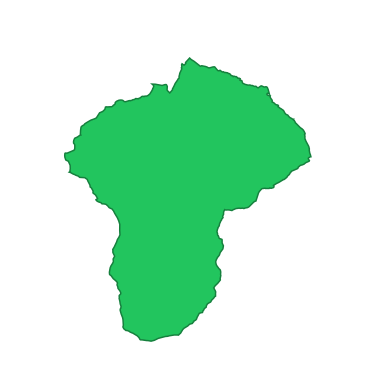 Stoenesti, Arges, Romania, rotated 150°
{"feature_id": "2599482B20714759843638", "entity_name": "Stoenesti", "entity_type": "district", "adm_level": 2, "iso_a3": "ROU", "parent_name": "Romania", "parent_adm1": "Arges", "projection": "equal_earth", "projection_center": [25.234, 45.276], "detail": "fine", "context": "isolated", "style": "filled", "palette": "green", "viewbox_px": 384, "rotation_deg": 150, "n_neighbors": 0, "source": "geoboundaries", "source_scale": "gbopen_adm2", "svg_char_len": 5976}
<svg xmlns="http://www.w3.org/2000/svg" viewBox="0 0 384 384"><g transform="rotate(150 192 192)"><path d="M224.5,308.8L226.2,307.1L229.1,306.4L232.4,306.8L237.8,304.0L239.7,304.1L243.7,304.8L248.0,304.8L250.6,304.7L252.2,304.1L253.8,304.2L255.2,303.9L255.7,303.6L257.6,301.2L258.9,299.2L259.7,298.0L259.8,296.9L260.7,297.2L263.7,296.9L266.6,297.2L267.0,297.0L268.6,295.8L269.3,295.0L270.1,293.6L269.9,292.3L270.1,291.1L271.5,288.7L272.6,287.4L273.7,287.2L280.1,288.0L280.8,288.1L281.9,288.9L282.7,289.0L283.9,287.4L284.7,285.7L285.3,283.0L285.1,282.5L283.7,280.4L284.2,276.0L285.8,273.0L287.0,271.5L287.1,270.8L288.4,270.6L287.5,269.6L285.9,266.9L285.0,265.9L284.3,264.7L282.6,262.7L281.9,260.8L277.7,258.0L276.4,255.2L276.7,253.7L276.9,249.4L277.1,248.5L277.7,247.3L277.3,246.5L277.1,245.7L277.2,242.2L277.9,241.3L278.2,240.6L278.0,240.0L277.3,238.4L277.0,237.4L277.0,233.6L277.2,233.4L279.0,233.4L279.1,232.8L278.8,231.7L278.0,230.3L276.2,228.3L275.9,226.8L274.2,225.7L272.7,224.4L271.9,222.1L271.6,220.0L270.7,218.5L269.8,217.5L269.4,214.8L269.6,212.3L269.5,207.0L269.9,203.5L270.7,200.1L273.8,194.9L275.8,190.9L277.9,189.4L280.4,188.1L282.3,186.4L286.9,183.2L289.3,181.9L289.9,180.6L290.7,179.3L290.9,177.7L291.0,175.8L291.3,174.9L293.8,173.4L294.7,171.4L295.2,170.7L297.2,169.5L299.0,168.6L300.7,167.3L303.6,163.9L304.5,162.1L304.6,161.6L303.9,160.1L303.5,156.3L302.4,153.3L301.9,151.0L302.1,150.3L302.9,149.7L303.2,149.2L303.5,148.5L303.6,147.2L304.3,145.4L303.9,142.7L304.0,140.7L304.4,139.8L304.9,139.3L306.7,138.8L307.2,138.1L307.7,137.0L308.3,136.3L309.2,133.2L310.1,131.0L310.6,128.5L311.8,126.9L312.7,126.5L313.4,125.3L314.3,121.8L314.9,118.0L315.6,115.9L317.9,111.3L318.6,110.3L319.2,109.8L319.4,109.2L319.4,107.5L318.4,105.0L317.6,104.6L316.4,103.3L315.7,101.8L314.5,100.1L313.9,99.5L311.3,94.8L310.7,92.4L310.8,90.7L310.6,89.8L308.9,88.7L305.8,86.2L304.1,85.1L302.0,83.3L298.8,82.4L294.3,82.1L287.3,80.2L285.2,79.2L283.8,78.9L279.0,77.1L276.2,75.5L275.2,74.8L274.1,75.2L272.6,75.4L268.8,77.5L267.0,78.0L262.7,78.1L260.2,78.7L257.4,78.0L256.2,78.6L255.3,78.8L254.7,79.3L252.9,79.2L251.6,79.7L250.4,80.8L246.4,83.3L244.5,82.9L243.2,82.4L241.6,83.8L241.1,83.8L240.0,84.6L238.7,85.0L237.4,85.1L236.4,86.3L234.8,87.3L233.3,87.5L230.9,87.4L228.6,88.7L226.6,89.1L224.7,90.0L223.7,90.0L222.4,92.3L221.6,93.4L221.3,94.1L221.1,98.1L218.9,99.2L215.3,100.1L211.5,101.6L211.3,101.9L211.3,102.1L211.1,102.7L208.8,105.3L208.5,106.3L207.1,108.4L206.5,110.2L206.6,111.0L207.0,112.1L207.4,116.0L207.2,117.4L206.7,119.0L206.0,120.2L204.8,121.2L202.3,122.8L201.6,122.9L199.7,123.8L197.8,125.5L193.7,127.3L191.7,129.7L191.4,132.8L189.8,135.6L189.8,136.1L191.4,137.9L191.6,138.4L191.1,140.9L191.4,141.6L191.1,142.5L190.6,143.4L190.4,144.7L190.1,145.3L188.6,147.0L187.8,147.5L187.5,148.1L185.7,148.9L184.7,149.8L184.3,150.5L182.2,152.0L181.4,152.6L180.4,153.0L179.7,153.7L178.2,154.2L177.9,154.4L177.7,155.4L177.2,156.0L175.9,156.8L174.8,158.6L174.1,159.3L172.5,160.4L172.0,159.7L171.2,159.2L169.5,158.4L169.1,158.0L168.6,157.7L166.7,156.0L165.9,156.1L162.3,155.7L159.3,154.5L158.2,153.6L156.2,152.7L155.3,151.7L154.2,151.6L151.6,150.7L150.0,150.7L143.6,152.4L142.1,152.5L141.2,152.2L134.8,158.0L133.4,158.8L130.1,159.9L129.7,159.9L127.4,159.0L126.8,158.7L126.6,158.3L123.8,156.7L123.4,156.5L122.7,156.7L122.3,156.5L122.0,155.9L121.5,155.6L119.3,155.1L118.5,155.4L118.1,156.2L118.1,157.0L114.4,157.1L112.2,156.9L107.7,157.0L106.9,157.2L106.4,156.8L104.8,156.9L102.5,157.3L101.1,158.1L99.4,158.4L98.4,158.8L97.7,159.4L96.8,159.5L96.1,160.0L95.0,160.2L88.9,159.5L88.3,159.7L87.5,160.4L84.7,160.9L83.2,160.4L81.2,160.1L78.8,160.5L75.2,160.1L74.6,160.5L74.7,162.4L74.4,163.1L73.8,163.3L71.8,163.3L71.4,163.1L70.8,165.2L70.6,166.7L69.6,169.5L68.8,170.7L68.1,173.2L67.9,179.3L67.6,180.8L67.7,181.2L67.1,182.6L66.3,183.8L65.8,185.5L65.3,185.6L65.2,186.0L64.9,186.0L64.7,187.0L64.6,189.8L65.1,191.6L66.1,193.7L67.6,199.6L67.9,200.1L67.7,201.0L67.7,202.7L68.1,203.5L67.5,204.2L68.5,204.7L68.8,205.7L70.0,207.5L70.4,208.9L70.6,210.7L71.9,212.5L72.1,214.1L72.0,216.9L73.5,220.1L74.1,220.9L74.5,222.4L74.9,222.9L74.0,223.6L74.1,224.0L74.2,224.4L75.6,225.6L76.0,226.5L76.3,227.7L76.7,228.7L77.6,229.8L76.8,231.1L76.7,232.2L77.0,233.8L76.7,235.4L76.7,235.7L76.1,236.1L76.4,236.7L76.9,237.2L77.7,237.4L78.1,238.0L78.3,238.5L78.3,239.1L77.6,239.7L77.1,239.7L76.4,239.2L75.9,238.5L74.8,242.7L74.5,245.0L75.2,246.1L77.0,246.8L78.7,249.1L79.5,249.4L82.5,249.1L82.9,249.4L83.4,250.3L83.8,251.6L85.2,252.3L86.5,254.1L87.6,254.7L88.3,255.7L90.0,256.5L92.5,259.0L93.1,260.1L93.5,260.5L93.7,261.1L93.5,262.4L93.2,262.9L93.3,263.8L94.0,264.1L94.5,264.9L94.1,265.1L94.0,265.6L93.6,266.0L94.2,266.9L94.7,267.0L95.5,267.8L95.3,268.3L95.8,269.1L96.0,269.8L96.7,270.1L97.3,270.9L97.8,271.3L98.6,271.3L98.6,272.0L99.9,273.4L99.9,274.6L100.4,275.8L101.2,276.4L101.5,277.3L103.4,278.9L103.9,279.0L104.7,280.4L105.6,280.7L106.0,281.3L106.9,283.4L107.3,283.3L108.1,283.5L109.0,284.4L109.8,289.0L111.2,289.8L115.0,290.8L115.9,291.6L116.4,292.6L117.5,293.9L120.5,296.5L121.9,296.7L124.8,304.0L126.5,307.2L127.1,309.2L132.8,307.4L133.1,306.4L135.5,305.8L136.5,308.0L137.4,307.4L138.3,305.4L139.2,304.8L139.2,303.8L143.3,300.9L144.0,300.0L145.4,298.6L146.1,297.2L147.4,296.9L148.7,296.1L152.3,294.4L154.5,292.8L157.5,290.9L157.9,290.2L161.7,288.9L162.0,290.1L162.4,291.2L162.6,292.8L160.6,295.8L160.5,297.6L160.8,298.1L162.0,298.6L164.6,299.2L169.9,303.7L172.6,305.4L172.0,303.5L172.2,302.8L173.6,301.5L174.2,301.3L175.0,300.5L176.4,299.6L179.5,298.0L181.8,297.6L183.6,297.8L184.8,298.6L185.9,298.6L186.5,299.4L187.7,299.8L189.9,299.4L190.9,299.7L191.5,299.5L192.0,299.7L194.1,301.1L195.6,300.9L197.1,301.5L198.3,301.4L198.9,301.8L199.6,301.8L200.6,302.5L204.4,303.4L205.5,304.2L206.0,305.7L206.6,306.5L207.6,307.2L209.3,308.0L211.9,308.3L213.4,308.0L214.0,307.6L214.2,307.0L215.3,306.5L217.0,306.4L217.7,306.0L218.9,306.0L222.8,308.0L223.8,308.7L224.5,308.8Z" fill="#22c55e" stroke="#15803d" stroke-width="1.5"/></g></svg>